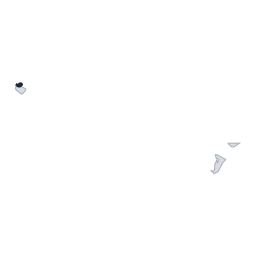 Hahake, Vava'u, Tonga shown in context, rotated 268°
{"feature_id": "48082658B99932543232342", "entity_name": "Hahake", "entity_type": "district", "adm_level": 2, "iso_a3": "TON", "parent_name": "Tonga", "parent_adm1": "Vava'u", "projection": "robinson", "projection_center": [-173.925, -18.614], "detail": "fine", "context": "in_parent", "style": "filled", "palette": "slate", "viewbox_px": 256, "rotation_deg": 268, "n_neighbors": 0, "source": "geoboundaries", "source_scale": "gbopen_adm2", "svg_char_len": 2200}
<svg xmlns="http://www.w3.org/2000/svg" viewBox="0 0 256 256"><g transform="rotate(268 128 128)"><path d="M92.7,217.4L93.7,217.4L94.7,215.1L98.3,214.3L97.9,216.7L93.1,224.6L90.0,221.5L81.2,216.5L79.4,212.6L82.3,209.6L82.0,212.0L83.5,213.1L88.5,213.5L93.0,215.6L90.2,216.3L92.7,217.4ZM173.2,22.7L170.7,27.2L169.5,27.2L166.5,24.5L165.5,22.8L169.9,17.4L172.2,17.0L175.3,18.8L175.2,20.3L173.2,22.7ZM109.3,227.5L109.0,239.0L105.7,233.7L105.3,231.3L108.6,227.7L109.3,227.5Z" fill="#d9dde1" stroke="#a8b0b8" stroke-width="1"/><path d="M172.8,21.8L172.8,21.7L173.0,21.6L173.2,21.8L173.3,21.8L173.4,22.0L173.5,22.0L173.8,22.2L173.9,22.3L174.0,22.3L174.3,22.3L174.3,22.2L174.4,21.9L174.4,21.7L174.5,21.5L174.4,21.4L174.3,21.2L174.2,21.2L174.3,21.1L174.2,21.1L174.3,21.1L174.3,20.9L174.5,20.8L174.4,20.8L174.2,20.7L174.3,20.6L174.4,20.4L174.5,20.4L174.6,20.5L174.8,20.6L174.7,20.6L174.8,20.7L174.8,20.8L174.9,21.0L175.0,21.0L175.1,21.3L175.2,21.2L175.3,21.3L175.2,21.4L175.3,21.5L175.2,21.6L175.3,21.7L175.3,21.8L175.5,21.9L175.4,22.0L175.5,22.0L175.4,22.1L175.5,22.2L175.5,22.3L175.6,22.5L175.8,22.7L176.0,22.5L176.3,22.7L176.5,22.7L176.5,22.4L176.6,22.2L176.6,21.9L176.6,21.7L176.5,21.4L176.5,21.2L176.4,21.0L176.3,20.9L176.2,20.8L175.9,20.9L175.7,20.9L175.4,20.7L175.2,20.5L175.2,20.4L175.2,20.2L175.3,20.2L175.5,20.0L175.5,19.9L175.6,19.7L175.4,19.6L175.2,19.6L174.9,19.4L174.9,19.2L175.0,19.2L175.2,18.9L175.3,18.7L175.2,18.6L175.3,18.5L175.2,18.5L175.3,18.4L175.2,18.2L174.9,18.0L174.7,17.9L174.8,17.9L174.8,17.7L174.7,17.7L174.5,17.9L174.4,18.2L174.1,18.6L173.9,19.1L173.7,19.1L173.5,19.3L173.4,19.2L173.3,19.4L173.2,19.6L173.4,19.7L173.4,19.8L173.3,20.0L173.6,20.2L173.7,20.3L173.6,20.5L173.3,20.9L173.2,20.9L173.1,21.0L173.0,21.4L173.0,21.5L172.8,21.7L172.8,21.8L172.8,21.8ZM175.9,23.2L175.7,23.1L175.5,22.9L175.4,22.8L175.4,22.7L175.3,22.8L175.2,22.8L174.8,22.9L174.7,22.9L174.4,22.9L174.4,23.0L174.4,23.3L174.5,23.3L174.4,23.3L174.5,23.4L174.6,23.5L174.8,23.7L174.9,23.8L175.0,23.8L175.0,23.7L175.0,23.4L175.1,23.2L175.2,23.3L175.3,23.3L175.5,23.3L175.7,23.2L175.8,23.2L175.8,23.3L175.9,23.5L176.0,23.5L176.1,23.4L175.9,23.2L175.9,23.2Z" fill="#64748b" stroke="#1e293b" stroke-width="1.5"/></g></svg>